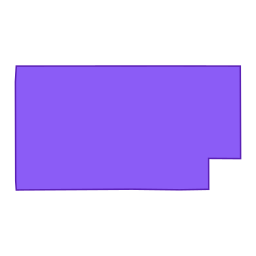 Frontier, Nebraska, United States of America (Natural Earth projection)
{"feature_id": "52423323B47045621610047", "entity_name": "Frontier", "entity_type": "district", "adm_level": 2, "iso_a3": "USA", "parent_name": "United States of America", "parent_adm1": "Nebraska", "projection": "natural_earth1", "projection_center": [-100.43, 40.525], "detail": "fine", "context": "isolated", "style": "filled", "palette": "violet", "viewbox_px": 256, "rotation_deg": 0, "n_neighbors": 0, "source": "geoboundaries", "source_scale": "gbopen_adm2", "svg_char_len": 277}
<svg xmlns="http://www.w3.org/2000/svg" viewBox="0 0 256 256"><path d="M16.3,66.1L15.4,81.8L15.7,180.9L16.3,190.0L21.6,189.9L132.0,189.2L179.6,189.8L208.7,189.3L208.6,158.4L240.6,158.6L240.3,66.1L172.4,66.0L16.3,66.1Z" fill="#8b5cf6" stroke="#5b21b6" stroke-width="1.5"/></svg>